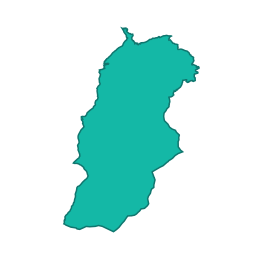 Repedea, Maramures, Romania (Equal Earth projection), rotated 169°
{"feature_id": "2599482B52197218257293", "entity_name": "Repedea", "entity_type": "district", "adm_level": 2, "iso_a3": "ROU", "parent_name": "Romania", "parent_adm1": "Maramures", "projection": "equal_earth", "projection_center": [24.385, 47.886], "detail": "fine", "context": "isolated", "style": "filled", "palette": "teal", "viewbox_px": 256, "rotation_deg": 169, "n_neighbors": 0, "source": "geoboundaries", "source_scale": "gbopen_adm2", "svg_char_len": 5779}
<svg xmlns="http://www.w3.org/2000/svg" viewBox="0 0 256 256"><g transform="rotate(169 128 128)"><path d="M114.8,227.0L113.8,224.3L113.6,222.7L112.1,219.7L112.0,218.9L112.2,218.0L112.1,217.3L111.9,216.9L111.3,216.7L111.3,216.2L112.3,215.5L112.6,214.7L114.1,214.0L115.8,212.5L116.7,211.4L117.2,210.4L118.0,209.6L121.9,208.5L122.7,208.0L123.4,207.7L125.2,206.4L125.8,206.3L127.1,205.5L128.7,204.7L130.9,202.7L131.9,202.0L133.0,201.5L133.5,201.0L134.0,200.6L135.8,199.9L136.2,199.4L136.2,199.2L136.7,199.2L137.3,198.4L138.1,198.1L138.4,197.4L138.7,197.3L138.6,196.7L139.0,196.3L138.7,196.2L138.8,195.5L135.5,195.3L135.6,195.0L134.9,194.6L135.1,194.4L135.8,194.8L137.2,194.9L137.4,194.7L137.1,194.4L139.8,194.3L139.7,193.9L139.4,193.7L139.2,193.3L139.9,192.5L140.0,191.4L139.5,191.1L139.8,190.9L141.4,190.7L142.0,190.4L143.2,190.5L145.0,190.4L144.9,189.6L145.3,189.2L145.1,188.6L145.7,188.2L145.1,186.7L144.7,186.2L145.1,185.3L145.2,184.6L145.6,184.3L145.7,183.8L146.6,182.6L147.1,181.6L146.9,180.6L147.1,180.3L147.3,178.3L147.3,177.8L147.0,177.5L146.9,176.9L147.4,175.9L149.4,174.6L150.3,173.4L151.0,172.8L150.7,171.7L151.1,170.9L151.3,170.1L151.5,165.8L151.9,164.9L151.5,163.7L151.8,163.3L152.1,162.5L152.6,161.8L154.3,161.0L154.6,160.7L155.2,159.6L155.6,158.6L155.5,157.3L156.0,156.6L157.0,156.1L157.8,155.5L158.0,154.8L158.4,154.3L162.0,152.6L164.9,150.9L165.5,150.3L165.7,149.7L166.1,149.0L167.7,147.6L169.3,147.7L170.6,148.1L171.5,148.0L171.4,147.5L171.9,146.9L171.2,146.6L170.8,145.4L171.5,145.5L172.1,145.2L172.1,144.9L171.2,143.2L171.3,141.4L171.7,141.0L171.4,140.1L171.0,137.6L171.4,137.2L174.4,135.1L177.8,130.9L178.5,129.6L178.8,128.2L178.9,127.3L178.6,125.0L178.7,123.2L179.1,122.4L180.3,121.2L180.8,120.4L180.7,117.5L181.2,116.0L180.7,113.5L180.6,112.4L180.4,111.9L180.5,111.0L180.6,109.8L180.8,109.3L181.4,108.9L181.6,108.3L181.9,108.0L183.5,107.2L187.4,104.8L188.3,104.0L187.4,103.5L184.9,103.0L183.3,102.2L182.2,101.1L181.2,100.5L179.1,97.9L178.9,97.5L179.0,96.8L178.8,96.4L178.7,95.9L177.2,93.9L176.7,92.3L176.6,89.8L176.3,88.9L176.4,88.4L177.7,86.6L178.9,85.8L179.9,85.4L183.0,83.4L185.6,81.2L187.1,80.4L188.6,80.1L189.5,79.2L190.6,76.2L192.4,73.1L192.5,71.4L192.9,70.0L194.0,68.1L194.9,65.5L195.3,65.4L195.8,64.8L196.3,63.8L196.5,63.1L198.3,61.9L198.9,60.0L200.0,58.8L200.5,57.9L201.2,57.3L202.8,56.4L203.8,55.2L205.7,54.1L206.9,52.7L206.9,52.4L206.8,51.6L207.0,50.8L207.4,50.6L207.4,49.8L207.6,49.8L207.7,50.1L208.2,49.6L208.1,49.1L208.4,48.6L208.5,47.3L209.2,46.2L208.9,46.1L207.4,44.5L203.0,41.6L198.0,39.8L197.7,39.1L197.1,38.6L194.7,37.7L189.1,39.0L188.4,39.3L187.6,39.3L184.5,38.4L178.9,37.7L175.5,37.9L172.0,36.4L162.0,29.0L158.7,30.5L155.7,32.3L152.2,35.4L149.4,37.4L146.7,40.2L145.0,41.7L143.8,41.5L143.7,41.6L141.6,41.2L138.2,41.2L136.1,42.0L133.8,43.6L132.6,44.2L130.4,46.2L129.2,46.0L127.1,46.0L123.8,48.0L122.2,49.7L122.2,54.9L121.0,57.1L118.5,59.6L117.3,62.3L116.4,63.6L114.0,64.7L113.5,67.2L111.4,71.9L111.7,73.9L111.7,74.6L112.2,75.5L112.1,76.3L112.7,79.8L112.6,80.4L104.1,83.4L100.7,84.3L95.9,87.1L95.2,87.3L93.8,88.4L92.6,88.7L90.0,89.8L87.0,92.0L84.4,93.0L83.9,93.3L78.9,94.2L79.5,95.0L79.9,95.2L80.6,96.2L82.3,99.9L81.4,105.1L80.7,106.0L80.2,107.1L80.1,108.6L79.9,109.3L79.0,111.2L79.0,111.4L81.1,114.3L81.8,116.0L81.8,116.6L84.9,118.6L87.0,120.8L88.1,124.2L90.8,128.1L90.9,129.5L90.8,132.3L90.6,133.2L89.8,135.7L87.4,137.8L86.3,139.3L83.8,141.0L83.6,141.5L83.6,141.9L83.4,142.2L83.4,142.7L83.0,143.2L83.0,143.9L82.4,144.8L81.9,146.2L81.8,148.4L82.0,150.4L79.5,150.4L78.6,150.7L77.9,151.0L77.3,151.7L76.8,151.8L77.0,153.3L76.9,153.7L76.0,154.8L75.6,155.5L75.4,155.2L74.9,155.0L74.3,155.0L73.2,156.4L72.7,155.9L72.1,156.2L72.0,156.5L68.7,158.2L66.9,160.3L66.2,161.9L65.7,162.6L65.4,163.6L65.0,164.4L63.6,164.2L62.5,164.4L61.5,164.2L61.8,163.8L61.6,163.5L61.9,163.4L62.1,162.8L61.7,162.2L60.8,161.4L59.8,161.5L59.7,161.7L59.8,161.8L59.7,161.9L59.0,161.8L57.5,162.5L56.9,162.3L56.1,162.4L55.7,162.3L55.5,161.6L55.0,161.3L54.1,161.6L53.7,161.5L53.1,161.7L52.9,161.9L52.7,163.8L52.5,164.2L52.8,164.4L52.9,165.0L53.3,165.6L53.0,166.3L52.8,167.9L52.4,168.3L51.8,168.3L51.4,168.2L50.4,168.5L49.1,168.5L48.8,169.1L48.9,169.6L50.8,170.9L50.6,172.1L49.6,172.6L48.7,172.5L47.8,173.0L47.1,173.0L46.8,173.4L46.8,174.0L47.0,174.6L47.3,174.8L47.9,174.6L48.1,174.3L48.6,174.2L49.1,174.7L48.9,174.8L48.5,174.7L48.3,175.1L48.9,175.4L49.3,176.2L50.3,176.7L52.0,178.0L52.3,178.1L52.9,177.7L53.1,177.8L53.2,178.3L53.0,178.9L52.3,179.4L51.2,180.6L50.9,181.2L50.5,181.4L50.5,182.1L50.7,182.7L50.5,183.3L50.6,183.5L50.6,183.9L50.2,184.7L50.8,185.5L51.8,186.2L52.4,186.9L52.4,187.6L53.4,188.3L53.5,189.5L53.7,190.1L55.2,192.1L57.3,193.1L59.6,194.7L60.6,195.2L61.4,195.4L62.8,195.4L63.9,195.6L64.1,196.1L63.8,197.0L63.8,197.6L63.4,197.9L63.7,198.5L63.4,199.9L63.2,200.1L63.3,200.3L63.8,200.7L66.0,201.5L66.8,202.4L67.7,202.6L69.7,206.4L71.0,206.4L71.0,207.6L70.3,208.2L70.0,209.0L69.3,209.5L67.9,210.0L68.0,210.1L69.2,210.4L70.5,210.6L72.3,211.5L73.0,211.6L74.0,211.5L75.7,211.7L79.5,210.7L79.8,210.9L79.7,211.4L79.9,211.7L80.3,211.8L82.0,211.0L83.3,211.2L84.4,211.1L84.7,210.9L86.7,211.4L88.1,210.6L89.8,210.8L92.3,209.5L94.6,208.9L96.6,208.8L98.9,209.2L99.7,208.2L100.0,208.2L100.2,208.7L100.7,208.5L101.0,208.7L102.1,207.8L102.6,208.2L103.0,208.7L102.8,209.3L103.6,209.2L103.5,209.6L103.6,209.8L104.8,210.2L105.2,209.8L105.3,211.2L106.0,212.0L106.1,212.4L106.0,212.7L106.6,212.9L107.3,214.2L107.1,215.6L107.1,216.1L106.6,216.5L106.3,217.1L105.7,217.4L105.4,217.9L105.5,219.2L107.2,219.4L107.8,220.2L108.4,220.3L109.0,220.7L110.6,222.5L111.0,223.4L110.4,223.6L110.3,223.9L110.0,224.0L109.7,225.0L110.0,225.5L110.4,225.4L111.0,225.8L111.0,226.5L112.3,226.6L112.0,226.3L112.7,226.1L114.1,226.5L114.8,227.0Z" fill="#14b8a6" stroke="#0f766e" stroke-width="1.5"/></g></svg>